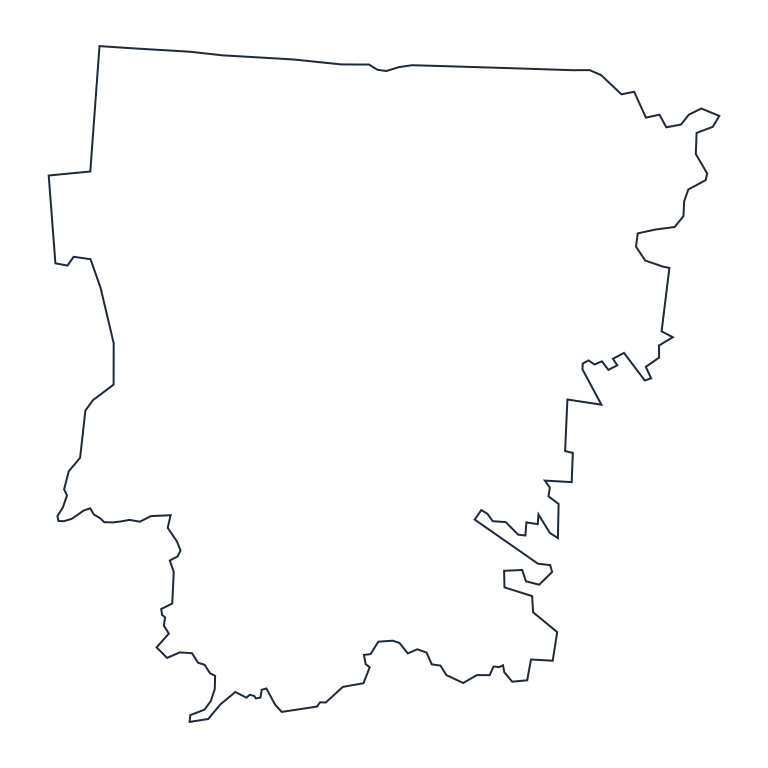 the district of Farish, Jizzakh, Uzbekistan
{"feature_id": "79887680B52998751839701", "entity_name": "Farish", "entity_type": "district", "adm_level": 2, "iso_a3": "UZB", "parent_name": "Uzbekistan", "parent_adm1": "Jizzakh", "projection": "robinson", "projection_center": [67.349, 40.658], "detail": "fine", "context": "isolated", "style": "outline", "palette": "slate", "viewbox_px": 768, "rotation_deg": 0, "n_neighbors": 0, "source": "geoboundaries", "source_scale": "gbopen_adm2", "svg_char_len": 2363}
<svg xmlns="http://www.w3.org/2000/svg" viewBox="0 0 768 768"><path d="M64.1,489.3L67.0,495.4L62.8,507.6L57.4,516.1L58.5,521.0L63.7,521.2L71.6,518.9L76.9,515.3L83.6,510.6L90.2,508.3L93.9,514.5L100.4,518.4L104.2,522.2L113.3,522.4L121.1,521.4L129.6,519.9L139.9,521.7L150.9,516.1L170.6,515.2L167.7,527.8L177.1,541.7L180.5,550.5L177.7,556.3L169.8,560.5L173.7,571.8L172.3,603.5L161.2,609.0L162.1,614.9L165.1,617.4L163.9,625.7L168.8,633.6L156.6,647.4L167.1,657.9L179.7,652.4L192.0,653.2L198.0,662.7L204.6,664.8L210.0,673.2L215.1,675.8L214.8,689.0L210.8,701.1L204.4,709.7L190.3,715.1L189.6,721.9L208.2,719.0L220.5,704.3L235.3,692.0L246.5,697.7L249.7,694.8L254.3,696.0L255.8,698.4L260.4,697.6L261.7,689.8L266.4,688.5L275.2,704.8L281.7,711.9L316.9,706.6L320.1,702.3L325.8,702.5L342.8,686.9L363.5,683.2L369.7,667.3L365.7,664.2L363.9,654.9L370.6,654.1L378.3,641.7L392.8,640.7L399.4,642.9L407.8,653.4L417.3,649.3L426.5,652.5L431.8,664.4L440.5,665.6L446.4,675.1L463.2,683.0L476.8,675.1L489.7,675.1L493.6,666.5L499.3,667.1L503.0,665.3L504.3,672.2L512.2,681.7L527.2,680.3L531.0,659.5L552.7,660.7L557.2,632.1L533.1,612.3L532.1,596.1L504.5,587.4L504.1,570.8L522.2,570.0L525.9,581.3L539.2,584.7L552.1,572.0L550.2,565.1L537.9,563.7L474.7,519.6L481.3,510.1L487.3,513.7L492.8,521.2L505.7,522.1L518.2,534.7L525.4,535.5L526.4,522.4L537.7,524.2L538.5,514.5L549.8,532.9L557.9,538.1L558.6,504.0L548.5,496.3L549.8,487.6L544.9,480.6L571.7,482.1L572.8,452.9L565.1,451.1L567.4,399.5L601.4,404.7L582.5,369.4L582.7,363.6L588.5,360.4L594.6,364.5L601.9,361.3L608.4,369.9L617.3,365.3L612.9,358.8L624.0,352.9L644.8,380.5L651.1,378.3L645.8,366.9L659.1,357.6L659.0,345.5L672.8,337.2L661.6,331.4L669.4,267.9L663.2,266.7L645.2,260.5L636.0,246.7L637.7,233.4L655.0,229.6L674.6,227.0L683.5,216.1L684.1,201.6L688.3,189.5L705.7,180.1L707.2,173.5L695.8,154.0L696.6,132.9L712.8,126.8L719.3,115.9L701.3,108.5L688.8,114.7L681.1,124.5L666.3,127.3L659.5,114.7L645.9,117.6L634.2,91.8L621.4,94.3L601.1,75.1L589.6,70.1L586.6,70.1L572.8,70.2L508.1,68.1L429.6,65.7L412.1,65.2L399.1,67.1L386.4,71.0L377.5,69.8L368.9,64.5L353.7,64.5L341.0,64.4L293.7,59.5L275.4,58.4L222.1,55.3L189.7,51.7L134.1,48.4L99.5,46.1L90.3,171.5L48.7,175.5L55.4,263.3L67.5,265.6L73.6,256.8L90.5,259.2L100.6,287.9L113.7,343.3L113.6,384.6L93.0,400.1L85.4,410.5L80.1,457.8L68.8,471.2L64.1,489.3Z" fill="none" stroke="#1e293b" stroke-width="2"/></svg>